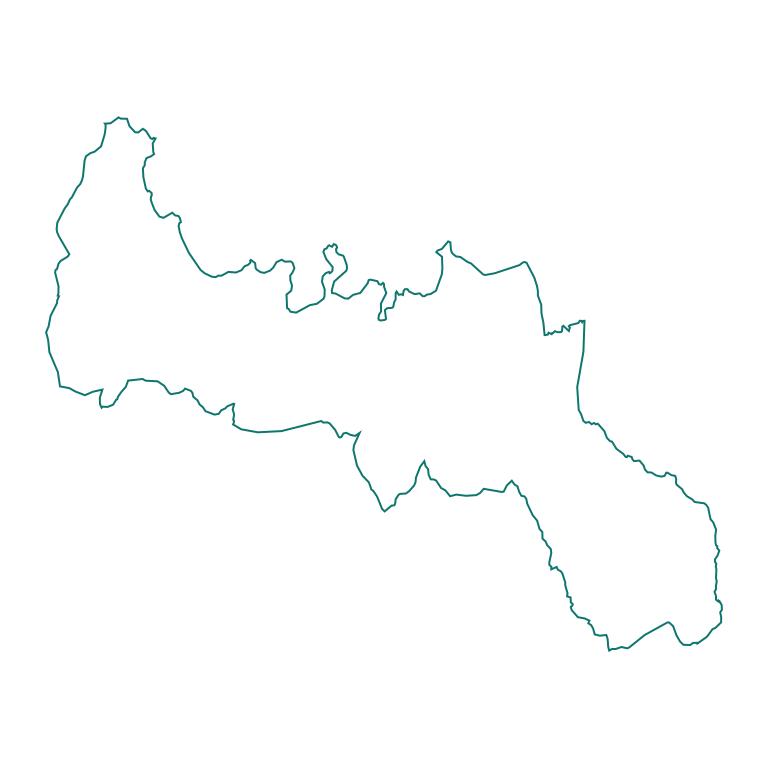 outline of Magu, Mwanza, United Republic of Tanzania
{"feature_id": "72390352B80484439449184", "entity_name": "Magu", "entity_type": "district", "adm_level": 2, "iso_a3": "TZA", "parent_name": "United Republic of Tanzania", "parent_adm1": "Mwanza", "projection": "equal_earth", "projection_center": [33.405, -2.609], "detail": "fine", "context": "isolated", "style": "outline", "palette": "teal", "viewbox_px": 768, "rotation_deg": 0, "n_neighbors": 0, "source": "geoboundaries", "source_scale": "gbopen_adm2", "svg_char_len": 6085}
<svg xmlns="http://www.w3.org/2000/svg" viewBox="0 0 768 768"><path d="M46.1,332.3L48.1,339.7L49.4,352.2L57.9,372.2L60.0,386.4L69.3,388.1L75.1,391.4L84.9,395.2L93.0,391.7L102.4,389.6L99.8,397.7L100.0,404.1L101.6,407.7L102.7,406.7L107.7,406.9L113.1,404.7L116.2,399.7L117.2,399.3L118.0,396.7L121.6,391.6L125.8,386.9L128.1,380.6L142.5,379.0L145.7,380.7L157.6,381.3L164.2,385.8L168.7,392.5L171.0,394.2L179.1,392.8L183.0,391.0L185.1,388.6L190.8,390.8L192.4,392.8L193.3,396.8L197.5,400.3L199.6,404.5L202.9,407.2L205.5,411.2L214.6,414.6L218.8,413.8L221.2,410.3L225.3,408.4L227.2,406.4L233.7,403.6L234.2,403.9L232.7,409.2L234.1,414.5L233.2,419.9L233.9,420.5L233.9,422.3L233.1,424.5L241.2,429.3L257.8,432.3L281.4,431.1L321.3,421.0L323.2,422.6L327.3,422.4L329.6,423.4L335.2,429.9L338.6,436.7L339.8,437.5L341.4,437.0L343.4,433.5L346.3,432.8L350.5,434.9L355.2,435.9L359.6,432.9L354.0,445.3L353.4,450.0L357.0,465.6L362.5,475.7L368.9,482.4L371.4,489.5L373.3,490.9L377.0,496.4L382.1,508.9L384.6,511.4L391.6,505.6L394.1,505.4L395.1,504.0L395.7,499.2L398.5,494.9L399.9,493.9L406.0,493.5L409.4,490.9L414.0,485.6L415.5,482.3L416.0,477.5L420.2,466.7L424.3,461.2L425.6,466.1L428.1,469.1L428.6,474.6L430.7,479.3L434.0,479.5L436.2,480.6L441.1,488.0L445.4,490.4L450.1,496.2L456.4,494.6L466.1,495.8L476.4,495.1L480.3,492.8L483.7,488.8L502.0,492.0L503.7,491.6L506.8,485.5L511.8,480.7L514.6,484.6L517.4,486.2L519.2,491.9L521.4,495.8L524.4,496.4L526.2,498.6L527.3,503.9L532.8,515.4L537.1,520.6L539.5,528.9L542.3,532.0L542.5,538.6L545.6,541.5L547.2,545.2L550.8,549.1L551.3,553.0L549.3,562.4L549.3,564.8L551.4,566.9L551.3,569.3L556.6,567.0L558.0,569.8L560.7,571.2L562.4,573.5L565.3,582.6L565.2,585.0L567.5,593.3L567.1,596.4L570.6,597.5L570.8,602.3L572.7,604.1L572.4,605.6L570.8,606.9L571.6,610.0L577.9,617.2L584.5,618.4L589.4,620.6L588.3,623.3L591.2,625.1L593.2,628.8L594.7,634.4L599.8,635.7L606.3,635.0L607.6,638.8L608.2,646.8L609.2,650.6L612.0,649.0L615.7,649.0L621.4,647.0L627.3,648.3L629.4,647.3L644.7,635.0L667.3,622.5L669.0,622.4L673.1,626.1L676.4,635.2L680.1,641.6L683.4,644.8L690.2,645.0L693.0,642.9L697.0,642.8L697.3,643.6L707.0,636.7L712.5,629.2L715.5,627.8L721.1,622.4L721.2,617.1L720.2,612.3L721.9,609.7L721.7,605.1L719.6,601.4L719.2,601.8L718.4,600.6L717.9,601.2L716.0,599.6L716.0,596.0L714.5,591.8L716.1,589.0L715.9,586.0L716.7,581.6L716.0,577.9L716.4,569.5L715.8,566.6L716.3,563.7L714.9,561.7L715.0,559.3L717.5,555.7L719.3,550.6L717.2,548.1L717.3,546.2L716.1,545.4L715.5,542.8L715.3,535.8L716.1,529.7L713.3,522.5L710.5,519.1L708.2,507.9L706.2,504.8L704.2,503.3L694.7,502.0L692.1,499.3L686.9,496.2L683.8,492.6L682.1,489.2L676.6,484.6L676.0,482.7L676.2,479.1L675.2,475.9L671.6,475.2L667.3,472.6L666.2,472.8L664.6,475.9L661.4,476.6L656.3,475.5L651.4,472.5L647.5,472.3L644.9,469.4L643.7,465.6L639.5,460.6L634.1,461.1L632.5,459.4L631.7,457.0L627.8,455.7L626.8,457.1L625.5,456.8L623.4,454.0L616.4,448.8L612.0,441.6L610.1,441.2L606.9,437.9L604.4,431.2L597.8,423.7L595.8,424.3L594.1,423.0L591.6,424.2L589.0,422.0L585.7,422.8L583.4,420.9L581.1,414.2L578.7,409.9L577.2,387.1L583.4,351.9L584.5,320.8L583.0,320.9L582.1,322.3L581.2,320.8L579.8,320.8L578.4,323.0L570.0,325.2L568.8,326.1L569.9,327.7L568.8,331.0L563.4,325.8L562.4,326.5L562.1,330.9L561.1,332.1L557.6,332.2L554.9,331.2L553.1,333.0L552.3,332.9L551.7,334.2L548.6,332.7L547.8,334.6L544.6,335.1L543.4,322.7L541.5,313.5L541.2,304.6L537.9,295.7L537.9,291.0L537.0,286.1L534.3,277.6L526.6,262.8L524.5,262.0L522.7,262.6L519.5,265.1L494.6,273.3L485.1,275.0L483.1,274.4L470.9,263.3L467.7,262.1L460.4,257.0L456.1,256.4L453.3,254.3L451.8,252.6L450.9,249.6L450.4,242.4L448.2,241.4L441.9,248.9L437.5,250.6L436.3,252.2L442.0,256.7L442.4,268.8L441.8,274.4L436.0,290.7L430.7,294.0L426.6,294.7L424.7,296.2L422.7,296.2L419.8,293.4L414.6,294.1L409.1,291.5L407.5,289.2L404.9,289.2L403.6,291.0L403.0,295.0L401.4,294.3L398.8,294.8L396.6,291.5L395.7,293.0L395.6,299.6L394.3,301.8L393.2,307.0L391.9,307.9L387.3,308.1L384.9,310.1L386.0,319.0L384.9,319.9L380.7,320.5L378.9,319.8L378.4,318.5L379.0,314.8L381.1,311.3L380.9,303.7L386.3,293.1L384.1,286.9L384.0,284.1L382.9,282.9L381.1,284.7L379.0,284.2L377.4,281.2L370.3,279.6L368.7,280.1L367.7,283.2L360.4,292.9L353.0,294.9L348.4,298.6L344.7,298.4L335.5,293.5L332.1,293.1L331.8,290.1L334.2,281.5L346.3,270.8L347.0,268.3L346.7,264.9L344.0,257.1L343.2,255.7L338.8,254.4L336.5,252.3L336.0,249.2L337.1,247.6L336.8,246.5L335.8,244.9L333.8,244.1L332.0,246.8L329.1,245.3L328.1,246.0L326.6,248.4L324.4,249.3L323.4,252.0L326.3,259.2L332.7,267.2L332.4,270.8L331.1,272.4L329.6,273.2L329.0,271.9L325.8,273.1L322.7,276.4L322.0,281.8L324.7,289.4L324.5,296.1L323.6,298.7L316.9,303.8L310.0,305.1L296.2,312.6L290.4,311.7L288.6,308.9L287.1,308.2L286.5,294.6L291.0,290.9L291.5,289.3L292.0,285.6L290.4,280.5L290.2,275.6L292.4,272.7L294.4,268.3L292.7,263.0L290.7,261.4L285.1,261.7L281.7,259.8L280.0,260.5L276.5,262.2L273.3,267.5L270.1,270.6L264.3,272.9L260.4,272.1L256.7,269.6L255.7,268.3L255.1,263.1L250.8,259.9L250.2,260.6L250.3,262.8L248.0,264.9L244.6,266.2L241.5,270.2L236.0,272.5L228.4,271.9L221.5,275.7L218.2,275.7L215.8,277.1L211.8,276.7L204.7,273.3L200.6,270.0L188.9,252.9L182.0,238.5L179.8,232.2L178.6,225.9L179.3,223.2L180.9,222.1L179.9,218.1L178.5,216.0L175.1,215.4L172.3,212.7L163.5,217.8L159.4,216.6L154.6,210.0L151.8,202.9L150.8,199.7L151.0,196.7L151.8,195.4L151.6,192.9L149.0,190.8L147.8,191.4L145.9,188.7L143.4,177.3L142.9,168.3L144.8,165.1L144.7,162.5L146.5,158.1L151.2,156.2L154.1,154.0L153.3,152.1L152.7,143.5L155.5,138.4L153.6,137.9L152.4,139.0L150.7,138.4L146.0,131.0L142.9,128.8L138.1,132.5L135.1,132.2L129.5,126.2L127.0,118.8L120.6,118.6L118.6,117.4L110.5,123.3L104.9,123.6L105.6,124.6L105.6,128.0L104.7,134.3L101.1,146.3L94.6,151.7L90.5,153.1L86.0,156.2L84.6,160.6L83.0,176.3L82.0,180.3L80.2,184.1L77.0,187.6L71.9,197.3L70.0,199.3L67.9,204.0L64.6,208.6L57.3,222.7L56.6,229.4L57.2,232.4L58.6,235.8L69.3,254.2L67.7,256.6L60.5,261.0L58.5,263.8L57.0,269.1L55.6,269.9L55.1,272.5L58.5,286.2L58.4,293.3L57.7,295.7L59.0,296.2L57.2,300.5L57.0,303.2L50.6,315.8L48.6,326.4L46.1,332.3Z" fill="none" stroke="#0f766e" stroke-width="2"/></svg>